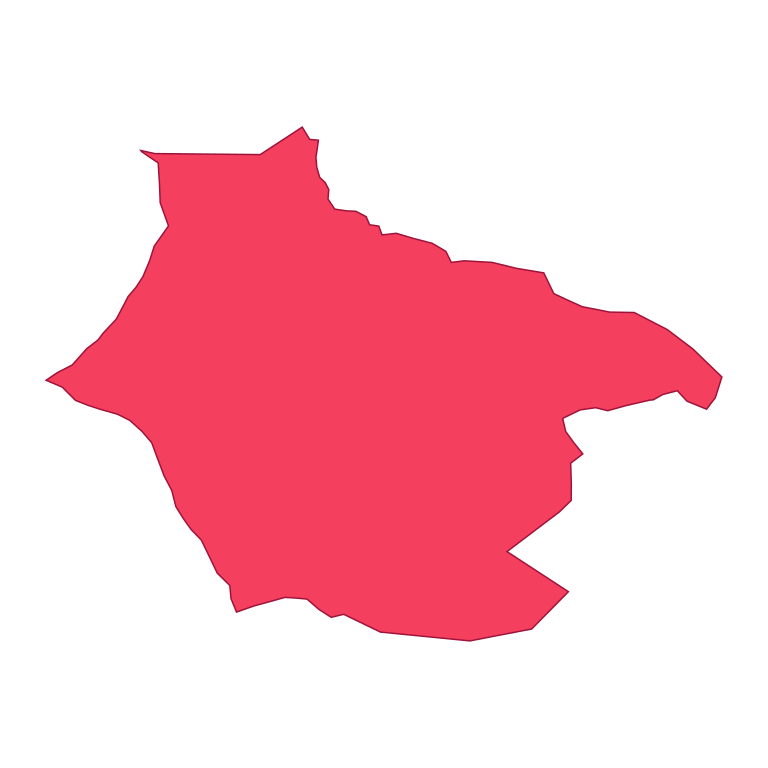 Tandjilé Est, Tandjilé, Chad
{"feature_id": "50815135B89886025568853", "entity_name": "Tandjilé Est", "entity_type": "district", "adm_level": 2, "iso_a3": "TCD", "parent_name": "Chad", "parent_adm1": "Tandjilé", "projection": "albers", "projection_center": [16.729, 9.658], "detail": "fine", "context": "isolated", "style": "filled", "palette": "rose", "viewbox_px": 768, "rotation_deg": 0, "n_neighbors": 0, "source": "geoboundaries", "source_scale": "gbopen_adm2", "svg_char_len": 1850}
<svg xmlns="http://www.w3.org/2000/svg" viewBox="0 0 768 768"><path d="M140.8,150.5L141.5,151.5L143.0,152.6L147.2,155.5L158.2,162.9L159.4,182.4L159.9,194.3L160.2,202.7L168.5,225.9L161.2,236.3L154.3,246.0L149.6,260.7L142.9,276.7L136.0,287.3L128.1,296.5L125.5,301.6L122.8,306.8L116.3,319.1L103.1,333.2L99.0,338.7L98.1,339.9L86.8,348.6L72.2,365.0L57.7,372.4L50.7,377.1L46.1,380.3L62.2,387.1L75.5,400.4L88.5,405.5L101.3,409.6L117.4,414.2L129.7,420.3L142.0,431.4L151.7,442.7L157.8,459.2L164.1,475.8L171.8,490.6L175.9,506.7L180.2,513.6L180.5,514.0L183.3,518.5L184.9,520.8L187.3,524.2L191.3,529.7L197.1,535.7L201.4,540.2L210.2,558.4L217.3,573.2L229.8,585.5L231.0,598.6L236.5,612.1L253.2,606.2L284.9,597.4L296.7,598.1L307.0,599.1L318.9,609.4L322.9,612.0L331.2,617.3L343.7,614.3L355.7,620.1L355.9,620.2L356.3,620.4L380.5,632.1L415.2,635.5L469.9,640.9L479.8,639.0L481.5,638.7L488.4,637.3L531.7,629.0L535.7,624.9L549.6,610.8L568.4,591.7L507.0,551.6L559.5,511.8L571.2,500.4L571.3,483.8L570.7,463.2L570.8,463.1L582.8,453.9L573.6,442.4L565.7,431.5L562.7,418.4L562.8,418.3L580.2,409.9L595.7,407.7L607.7,410.7L624.3,406.1L625.3,405.8L649.4,400.2L653.4,399.8L662.8,394.5L677.3,390.7L687.0,401.2L706.6,409.2L711.1,403.2L715.3,397.8L721.9,377.0L705.9,361.6L692.7,348.8L679.3,338.7L667.6,329.8L666.7,329.3L634.2,312.5L609.7,312.1L582.2,306.7L566.3,299.5L553.8,293.6L543.8,272.9L516.3,268.3L492.1,262.4L464.1,260.8L451.3,262.4L445.9,251.4L439.2,247.4L432.0,243.2L428.3,242.3L413.0,238.3L396.3,233.3L382.1,234.9L381.4,233.1L378.8,226.1L374.2,225.4L369.6,224.8L366.2,216.7L355.9,211.3L349.7,211.0L346.8,210.9L344.3,210.5L340.3,210.0L334.7,209.1L328.0,199.0L328.8,189.6L325.1,182.5L319.7,177.4L316.7,166.8L316.4,162.2L315.9,157.5L317.2,148.9L318.4,140.2L309.7,139.4L302.2,127.1L260.2,154.6L154.9,153.6L140.8,150.5Z" fill="#f43f5e" stroke="#9f1239" stroke-width="1.5"/></svg>